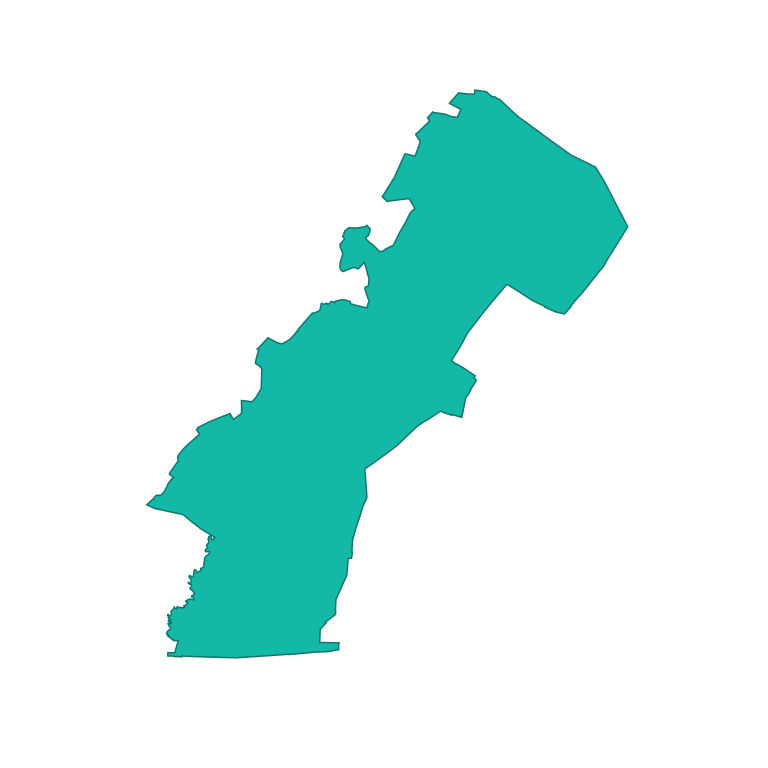 Svētes pag., Jelgava, Latvia (orthographic projection), rotated 190°
{"feature_id": "27541924B49757256215349", "entity_name": "Svētes pag.", "entity_type": "district", "adm_level": 2, "iso_a3": "LVA", "parent_name": "Latvia", "parent_adm1": "Jelgava", "projection": "orthographic", "projection_center": [23.649, 56.562], "detail": "fine", "context": "isolated", "style": "filled", "palette": "teal", "viewbox_px": 768, "rotation_deg": 190, "n_neighbors": 0, "source": "geoboundaries", "source_scale": "gbopen_adm2", "svg_char_len": 6065}
<svg xmlns="http://www.w3.org/2000/svg" viewBox="0 0 768 768"><g transform="rotate(190 384 384)"><path d="M301.7,364.6L301.4,371.3L301.2,384.5L299.5,387.6L298.9,389.1L298.0,391.6L297.4,394.8L295.2,399.6L294.1,402.6L293.8,404.0L296.5,405.6L295.6,407.8L307.9,413.3L314.1,415.7L317.9,416.8L321.7,418.9L321.2,419.6L314.7,435.9L311.7,445.3L310.3,449.4L301.3,466.4L299.7,469.6L292.9,481.9L293.0,482.1L292.3,483.0L280.3,503.5L273.4,500.9L251.8,491.8L239.0,488.3L238.9,487.6L227.4,484.8L218.4,484.3L213.3,492.6L213.8,493.1L213.6,493.2L207.3,504.3L206.4,504.9L206.1,505.5L200.9,515.0L196.5,523.2L191.1,532.9L188.2,538.0L186.0,544.5L177.7,564.9L171.3,581.2L202.5,622.1L213.4,634.3L229.6,639.1L240.0,642.1L269.6,656.4L275.4,659.4L281.0,662.0L286.7,665.0L297.5,670.1L300.9,672.1L319.8,684.5L320.0,684.1L324.3,685.9L328.1,686.0L334.0,689.6L345.5,689.3L345.3,685.1L348.7,684.7L351.7,684.1L361.0,683.7L368.3,671.9L367.8,671.5L356.0,667.8L358.0,659.3L364.0,659.1L371.2,660.4L381.4,660.0L382.4,660.1L383.2,660.4L387.3,653.8L384.7,650.8L394.0,638.2L396.1,635.6L396.0,635.0L395.8,635.0L390.3,628.9L392.9,614.0L393.3,613.8L403.0,614.4L403.5,613.9L409.5,589.7L418.2,568.1L416.7,567.2L412.5,564.2L411.6,564.8L391.5,571.0L386.0,564.7L384.0,561.9L386.7,559.1L387.2,558.2L388.3,555.9L390.3,548.6L390.4,548.3L391.0,546.4L395.2,535.1L395.2,534.9L398.8,522.3L405.8,517.3L408.0,514.8L411.0,513.5L417.7,518.1L420.4,519.8L421.4,520.0L426.5,523.4L427.2,525.2L425.2,527.4L424.4,531.1L424.5,534.1L424.6,534.4L428.5,537.3L429.5,535.9L437.6,532.9L446.0,531.7L448.5,528.6L449.1,528.3L449.5,525.5L450.3,522.1L448.0,520.0L451.6,514.0L450.8,511.1L447.4,505.7L447.3,504.4L447.5,501.4L447.7,500.5L448.3,495.6L447.7,491.3L446.7,489.3L446.1,488.5L443.7,487.7L438.5,491.0L434.2,493.5L433.6,493.6L429.4,492.8L424.6,500.3L422.5,496.4L422.3,496.2L416.9,484.7L416.5,477.6L419.3,476.2L419.3,474.2L414.4,465.1L412.8,462.9L413.0,462.7L413.6,460.5L414.1,455.9L426.6,456.7L430.8,457.3L431.5,459.4L434.8,459.6L436.9,460.1L441.2,459.3L446.6,456.8L446.3,455.7L450.2,456.2L452.9,452.5L454.4,453.6L457.4,452.0L459.7,452.6L459.9,445.2L465.8,441.3L466.0,441.2L466.8,441.5L477.3,424.1L478.5,421.6L481.0,416.9L483.5,413.0L484.3,411.7L489.8,407.0L491.9,405.6L497.9,406.5L506.3,409.4L513.7,397.8L515.1,396.4L513.3,395.5L514.2,387.3L514.3,383.3L514.2,382.0L509.7,380.0L507.0,377.8L504.1,358.3L507.5,349.2L510.7,343.8L511.0,343.6L521.5,343.0L520.8,338.9L520.6,338.7L519.9,335.5L520.1,335.7L519.2,330.5L519.4,330.1L526.1,322.8L530.5,328.2L548.8,316.9L555.6,311.8L559.7,308.9L559.3,308.1L560.8,306.6L560.0,305.6L557.8,303.4L556.9,302.4L559.6,299.2L563.4,294.4L568.4,288.0L569.9,285.8L572.6,281.1L574.4,277.3L574.5,276.7L574.6,276.3L574.5,275.9L573.2,272.8L578.0,262.6L579.8,258.5L579.8,258.2L579.6,257.9L575.1,255.3L576.7,253.4L579.3,248.3L579.5,247.6L580.1,244.6L580.5,243.7L581.8,239.6L584.6,235.6L588.6,234.9L589.4,234.3L590.8,231.6L591.5,230.6L596.7,223.8L588.5,221.7L586.8,221.5L559.2,220.5L548.0,214.1L545.9,213.2L539.2,209.5L524.1,203.7L524.3,203.1L524.8,202.6L524.8,201.5L525.5,200.8L525.8,200.7L526.3,200.9L527.3,202.3L528.2,204.0L528.8,204.2L529.5,203.9L530.0,203.3L530.1,202.6L530.0,201.4L529.7,200.1L530.0,200.2L529.7,199.5L529.3,198.9L529.0,198.3L529.4,196.8L530.7,194.8L530.7,194.3L530.6,193.8L529.6,192.8L529.5,192.4L529.6,191.9L531.2,189.4L531.3,189.1L531.1,188.4L530.3,187.8L526.8,188.7L526.5,187.4L527.3,185.7L528.9,184.2L530.0,182.2L530.3,181.4L530.4,180.0L529.9,178.2L530.2,177.7L530.3,176.0L530.1,175.0L529.7,174.6L529.8,173.2L530.1,172.6L530.7,171.6L531.1,171.2L532.6,170.6L532.2,169.5L532.3,168.5L535.1,165.7L536.9,168.1L538.0,168.2L538.7,167.1L538.3,161.9L538.5,161.5L539.2,161.0L539.8,160.9L541.9,161.6L542.2,161.5L542.6,160.9L542.4,160.0L542.0,159.4L540.9,158.7L540.2,158.0L539.5,155.7L539.5,155.1L539.8,154.5L540.1,154.2L540.7,154.2L541.6,154.6L542.1,154.6L542.3,154.3L541.8,153.5L538.9,152.7L538.5,152.2L538.3,151.1L539.4,149.7L539.7,148.9L538.2,147.8L536.7,147.4L535.8,146.2L534.9,146.0L534.7,145.7L534.5,145.3L534.8,144.7L534.5,144.4L534.8,143.7L535.1,143.0L535.4,142.9L536.5,142.0L536.6,141.2L536.1,140.8L535.5,140.7L534.1,139.8L533.5,139.1L533.5,138.8L533.9,138.2L534.7,138.2L537.5,138.7L541.2,136.4L541.5,136.0L541.5,135.2L541.1,135.0L540.1,134.8L539.8,134.9L539.4,134.8L539.3,134.5L539.3,134.1L539.5,133.6L540.1,132.8L540.9,132.0L541.1,131.4L541.5,131.1L542.5,131.2L542.6,130.6L541.7,129.2L541.8,128.9L543.8,128.6L544.6,128.8L545.9,128.5L547.5,128.4L548.8,128.7L549.3,127.5L549.2,126.9L549.3,126.7L549.5,126.4L550.0,126.4L550.5,126.5L551.4,127.6L551.9,127.8L552.3,126.0L552.9,124.9L553.6,124.2L554.3,122.9L554.2,122.4L553.6,121.2L553.3,119.7L553.6,118.9L554.3,118.4L554.9,118.3L555.4,118.6L556.0,119.6L556.9,119.4L556.9,119.1L556.9,118.5L556.0,117.7L555.5,115.8L553.6,115.2L553.2,114.7L553.3,114.4L553.7,114.1L555.0,113.9L555.2,113.6L555.3,113.2L555.0,112.6L554.6,112.4L552.2,112.7L552.0,111.9L552.1,111.3L552.3,110.9L554.4,110.8L555.0,110.6L554.8,110.0L553.3,107.9L552.7,107.3L551.5,106.4L551.9,105.2L552.9,104.5L554.1,103.1L554.6,102.0L554.4,100.9L554.8,100.3L552.9,99.3L552.3,98.4L552.9,98.2L548.6,95.9L547.2,95.6L547.0,94.7L542.1,95.4L543.4,83.0L549.6,82.0L550.3,81.7L550.1,80.3L549.4,78.4L548.0,78.9L546.8,79.2L542.5,79.3L535.8,80.2L535.9,80.9L510.9,84.4L481.3,88.8L478.7,89.6L477.4,89.8L448.1,97.0L430.6,101.4L430.6,101.1L405.4,107.9L392.0,110.9L383.8,114.1L382.5,114.2L382.9,116.3L383.4,119.1L383.3,121.3L402.4,118.3L404.2,131.3L399.6,138.7L399.7,139.3L400.2,139.0L400.3,139.2L392.1,148.3L391.8,150.0L392.6,153.5L393.8,162.5L394.1,162.9L393.2,166.0L393.1,166.5L387.4,189.2L389.0,206.2L385.7,206.8L385.9,211.5L387.0,216.5L387.1,220.1L387.9,224.0L387.6,227.9L386.4,238.9L384.7,250.1L383.3,261.5L383.0,261.7L381.1,269.2L385.2,285.8L388.2,296.9L370.1,315.3L361.9,324.1L361.3,324.6L360.0,326.3L360.0,326.6L359.8,326.5L359.6,326.8L359.4,327.1L356.4,331.1L356.5,331.2L344.5,347.4L343.1,349.0L338.0,353.9L335.7,355.6L324.3,366.4L323.6,367.4L322.9,366.9L321.5,366.5L316.6,365.6L312.3,365.1L311.5,365.1L311.7,365.7L310.9,365.7L301.7,364.6Z" fill="#14b8a6" stroke="#0f766e" stroke-width="1.5"/></g></svg>